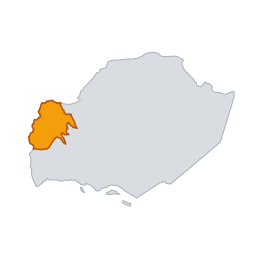 where Ruvuma sits in United Republic of Tanzania, rotated 107°
{"feature_id": "TZA-3389", "entity_name": "Ruvuma", "entity_type": "Region", "adm_level": 1, "iso_a3": "TZA", "parent_name": "United Republic of Tanzania", "parent_adm1": "", "projection": "natural_earth1", "projection_center": [36.042, -10.46], "detail": "fine", "context": "in_parent", "style": "filled", "palette": "amber", "viewbox_px": 256, "rotation_deg": 107, "n_neighbors": 0, "source": "natural_earth", "source_scale": "10m", "svg_char_len": 7390}
<svg xmlns="http://www.w3.org/2000/svg" viewBox="0 0 256 256"><g transform="rotate(107 128 128)"><path d="M98.9,180.4L96.5,179.0L94.3,178.1L92.5,177.1L91.7,176.1L90.0,175.7L88.5,175.6L87.2,174.7L84.4,174.3L84.1,173.7L84.1,172.4L83.6,172.1L82.6,171.7L81.5,171.7L80.8,171.9L80.4,171.8L79.5,171.0L78.7,170.0L78.4,168.5L77.1,167.4L75.6,166.6L71.5,166.7L70.9,166.5L69.9,165.7L68.8,164.3L67.9,162.8L67.1,160.7L66.2,158.0L61.5,146.9L61.1,144.8L60.1,142.4L58.6,139.6L57.0,137.5L54.9,135.5L52.5,133.6L51.1,132.3L48.6,127.1L48.1,124.7L47.7,122.1L47.8,121.1L49.4,117.8L49.6,116.9L49.4,115.7L48.6,113.1L47.6,109.9L45.6,104.2L45.3,102.7L45.3,101.6L46.5,95.8L46.5,95.0L51.2,95.1L54.6,92.5L57.5,88.7L58.1,87.1L59.3,84.7L60.5,83.5L61.0,82.6L61.6,80.2L63.2,78.5L64.7,77.2L64.4,76.3L64.6,76.0L65.5,75.4L67.1,74.8L67.4,73.5L67.4,72.0L67.1,71.2L67.2,70.3L66.9,69.8L65.9,69.6L64.3,68.9L63.0,68.6L62.1,68.2L61.8,67.9L61.6,67.0L62.3,64.8L61.6,63.9L63.2,60.1L63.5,59.7L64.1,59.6L65.1,59.2L65.9,59.1L66.6,59.2L67.2,59.0L67.6,58.6L68.0,57.4L68.3,55.3L68.2,53.6L67.5,52.2L67.3,50.2L67.6,47.5L67.4,45.3L66.6,43.5L65.9,42.4L64.7,41.9L62.8,39.2L62.3,37.8L62.4,37.0L63.0,36.7L64.2,36.8L65.3,36.5L66.3,35.7L67.3,35.5L67.8,35.6L114.5,35.6L169.0,70.8L169.3,71.2L169.7,74.3L169.6,75.3L168.8,77.0L168.5,78.0L168.5,78.6L168.7,78.8L169.4,78.9L170.0,79.3L170.3,79.7L170.7,81.0L171.3,81.6L192.0,98.9L192.5,99.2L192.2,100.6L191.0,104.1L191.0,105.6L190.5,107.3L190.1,108.5L188.9,113.4L187.9,115.3L186.5,119.6L186.3,122.9L187.0,125.2L187.3,127.4L188.9,129.5L190.2,130.3L191.0,131.3L192.5,133.5L193.4,135.7L196.2,136.8L197.3,139.3L196.8,141.1L195.6,142.5L194.4,144.8L193.4,147.9L193.4,152.5L194.0,151.8L195.5,152.9L195.7,156.4L194.1,160.4L193.7,162.2L193.6,163.8L194.7,168.6L196.3,171.0L196.2,171.8L195.8,172.4L198.6,176.7L198.3,180.5L199.4,183.4L199.8,185.9L200.5,187.8L200.7,189.2L199.8,190.7L201.8,191.0L203.0,192.2L203.6,193.4L205.1,193.3L205.9,194.1L207.0,194.8L209.6,196.7L210.3,197.7L210.7,198.7L203.6,204.8L201.1,206.4L199.3,207.1L197.3,207.5L195.5,208.5L193.7,210.0L191.5,210.8L188.8,210.8L185.9,211.8L181.5,215.0L178.8,213.3L176.8,212.7L174.4,212.8L173.0,213.0L172.5,213.4L172.0,214.4L171.7,216.2L170.1,217.9L167.4,219.5L164.9,220.1L162.6,219.7L161.1,219.1L160.3,218.1L159.1,217.7L157.5,217.7L156.0,218.4L154.6,219.7L152.3,220.2L149.1,220.1L147.4,219.5L147.2,218.4L145.8,217.2L143.3,215.7L141.4,215.7L140.2,217.1L139.1,217.9L138.1,218.3L137.3,218.3L136.0,218.0L132.5,217.8L129.2,217.9L128.9,215.9L128.2,214.7L127.6,214.0L126.4,213.8L126.1,213.2L125.7,212.0L125.2,211.0L124.4,210.1L124.0,209.3L123.8,208.5L123.9,207.7L124.6,205.7L124.9,204.3L124.8,202.9L124.4,201.4L123.6,199.7L123.7,199.2L123.4,198.0L123.4,197.2L123.6,196.2L123.4,194.8L122.7,191.9L122.7,191.2L122.0,189.8L119.8,186.4L119.7,186.0L116.3,182.7L114.9,181.9L114.4,182.6L114.2,183.1L114.3,184.2L114.3,184.8L114.1,185.0L113.3,185.0L112.8,184.8L111.5,183.9L110.5,183.7L107.9,183.9L107.1,184.1L106.4,183.9L105.0,182.4L103.5,182.0L102.0,182.0L99.7,180.2L98.9,180.4ZM196.5,124.7L197.7,128.4L197.5,129.1L196.7,129.5L196.3,129.5L195.8,128.9L195.5,127.7L194.8,128.0L193.8,126.5L192.8,126.4L191.9,124.7L192.2,123.1L192.0,120.5L193.1,119.2L193.8,116.9L194.5,118.5L194.6,120.9L195.6,123.7L196.5,124.7ZM202.1,102.9L202.1,103.7L201.9,104.5L202.0,107.1L201.9,108.9L201.0,111.3L200.3,112.1L199.7,111.9L199.2,111.5L198.8,110.8L199.6,106.4L199.2,103.2L200.8,103.5L202.1,102.9ZM199.7,155.8L198.9,156.0L198.6,155.8L198.1,155.1L198.9,154.5L199.8,153.3L201.7,151.5L202.6,150.1L202.4,151.5L201.4,154.5L200.4,154.6L199.7,155.8Z" fill="#d9dde1" stroke="#a8b0b8" stroke-width="1"/><path d="M124.0,200.7L123.9,200.6L123.7,200.4L123.6,200.2L123.6,199.8L124.0,199.7L124.2,199.8L124.3,199.9L124.8,199.9L125.2,199.7L126.5,198.7L127.2,197.6L128.3,197.0L129.5,195.9L129.6,194.7L130.0,194.3L130.5,194.1L131.0,194.1L131.5,193.9L131.7,193.4L133.0,191.4L132.8,190.2L132.2,189.3L132.3,188.4L132.1,187.8L131.7,187.4L131.5,187.0L131.6,186.5L132.1,186.2L133.2,185.7L134.6,183.9L135.6,183.3L136.9,181.9L137.4,181.5L137.9,181.0L138.4,180.6L139.1,180.2L139.6,179.8L140.1,179.3L140.7,179.1L141.3,178.8L142.1,177.9L143.1,176.7L143.2,176.8L143.1,177.0L143.1,177.3L143.1,177.6L143.2,178.8L143.3,179.5L143.6,180.0L143.4,180.9L142.8,181.5L142.5,182.1L142.5,182.6L142.6,183.0L142.5,183.3L142.0,184.0L141.4,185.2L141.1,185.5L140.7,185.5L140.5,185.8L140.4,186.8L141.1,187.4L143.1,187.3L143.7,187.4L144.2,187.3L144.4,187.0L144.6,186.5L145.2,185.8L145.9,185.6L145.8,185.8L146.0,186.0L146.1,185.9L146.2,186.1L146.6,186.4L147.9,186.0L148.8,186.1L150.0,185.9L150.5,185.4L151.1,184.3L151.2,183.9L151.2,183.1L151.5,183.0L151.7,182.9L151.9,183.4L151.9,184.0L152.4,185.3L152.9,186.5L152.5,187.9L151.7,189.2L152.1,190.0L153.1,189.9L154.4,189.1L155.6,187.9L156.5,186.7L157.5,185.7L158.6,184.8L159.1,184.6L160.4,183.5L161.5,183.1L161.3,184.1L161.0,185.1L160.3,186.2L159.2,187.6L158.0,188.9L157.6,189.8L157.5,190.9L157.5,192.2L157.5,193.4L158.2,194.1L161.8,195.7L170.0,198.0L170.7,198.6L171.2,198.9L171.6,199.2L171.9,199.9L172.1,200.3L172.2,200.7L172.6,201.5L172.8,202.3L173.0,202.7L173.4,203.2L174.1,204.7L174.6,208.2L175.6,212.3L175.2,212.3L174.4,212.5L174.2,212.6L173.5,212.7L173.3,212.8L172.3,213.4L172.2,213.5L172.2,213.8L172.0,214.6L171.8,214.8L171.8,215.1L171.5,215.8L171.4,216.2L171.5,216.4L171.6,216.7L171.6,216.9L171.5,217.1L171.3,217.3L171.0,217.5L169.9,218.1L169.2,218.7L169.0,218.9L168.6,218.9L168.2,218.9L167.9,219.0L167.3,219.3L167.0,219.4L166.8,219.5L166.7,219.7L166.6,219.9L166.5,220.1L166.4,220.2L166.3,220.3L166.0,220.4L165.7,220.4L165.0,220.1L164.9,220.0L164.6,219.7L164.4,219.6L164.2,219.7L164.0,219.8L163.9,219.9L163.4,219.9L162.7,219.9L161.5,219.5L161.0,219.2L160.4,218.7L160.0,218.2L159.9,217.6L159.6,217.8L159.4,218.0L158.0,218.1L157.8,218.1L157.4,217.8L157.1,217.8L157.0,217.7L156.7,217.8L156.0,218.7L155.6,219.4L155.5,219.5L155.3,219.6L154.8,219.9L154.6,220.0L154.1,220.2L153.8,220.3L152.9,220.5L152.7,220.5L152.3,220.3L152.2,220.2L152.0,219.7L151.9,219.6L150.2,219.6L150.0,219.8L149.9,219.8L149.5,219.9L148.9,220.1L148.7,220.1L148.3,219.9L148.2,219.9L147.5,220.0L147.4,219.9L147.2,219.5L147.2,219.2L147.3,218.9L147.2,218.6L147.2,218.2L147.1,217.9L146.8,217.7L146.7,217.7L146.4,217.4L146.2,217.3L145.9,217.2L145.2,216.8L144.9,216.6L144.7,216.6L144.4,216.7L144.1,216.6L144.0,216.2L144.1,215.8L143.9,215.5L143.7,215.4L143.1,215.4L142.6,215.2L142.0,215.0L141.8,215.2L141.4,215.8L141.1,216.1L140.4,216.2L140.1,216.4L140.2,216.8L139.9,217.2L139.7,217.4L139.6,217.8L138.7,218.1L138.3,218.3L138.1,218.3L137.8,218.1L137.7,218.2L137.7,218.5L137.5,218.4L137.4,218.3L137.4,218.2L137.2,217.9L137.0,218.0L136.9,218.0L136.7,218.1L136.3,218.1L136.2,218.0L136.1,217.9L135.4,217.9L129.3,217.8L129.2,217.6L129.2,216.7L129.1,216.3L129.1,216.1L129.0,215.9L128.8,215.8L128.7,215.6L128.6,215.1L128.3,214.9L128.2,214.7L128.1,214.4L127.8,214.1L127.5,213.9L126.8,213.6L126.7,213.6L126.4,213.8L126.2,213.7L125.9,213.0L126.0,213.0L126.1,212.8L126.2,212.7L125.8,212.3L125.6,211.9L125.6,211.5L125.6,211.4L125.3,211.2L125.1,211.1L125.0,210.8L124.9,210.7L124.2,210.0L124.1,209.7L124.0,209.2L123.8,208.5L123.8,208.2L123.8,207.7L124.1,207.3L124.3,207.1L124.5,206.4L124.6,206.2L124.6,205.5L124.8,204.4L124.7,203.9L124.8,203.8L125.0,203.6L124.9,203.4L124.7,203.2L124.6,202.9L124.8,202.5L124.7,202.1L124.6,201.8L124.3,201.3L124.2,201.2L124.3,200.9L124.2,200.7L124.0,200.7Z" fill="#f59e0b" stroke="#b45309" stroke-width="1.5"/></g></svg>